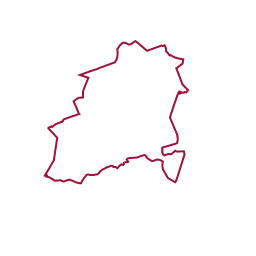 Gepiu, Bihor, Romania, rotated 37°
{"feature_id": "2599482B6975521372784", "entity_name": "Gepiu", "entity_type": "district", "adm_level": 2, "iso_a3": "ROU", "parent_name": "Romania", "parent_adm1": "Bihor", "projection": "albers", "projection_center": [21.796, 46.914], "detail": "fine", "context": "isolated", "style": "outline", "palette": "rose", "viewbox_px": 256, "rotation_deg": 37, "n_neighbors": 0, "source": "geoboundaries", "source_scale": "gbopen_adm2", "svg_char_len": 5283}
<svg xmlns="http://www.w3.org/2000/svg" viewBox="0 0 256 256"><g transform="rotate(37 128 128)"><path d="M123.8,200.3L123.4,198.8L123.2,197.9L123.2,197.4L123.1,196.5L123.1,195.5L123.0,194.4L123.1,193.1L123.1,192.2L123.1,190.6L123.6,189.5L125.1,188.7L126.1,188.2L126.6,187.9L127.2,187.5L127.9,186.9L128.5,186.5L129.1,185.9L130.0,184.8L130.4,184.5L131.0,183.9L131.8,183.0L131.8,180.7L131.9,179.4L132.1,178.2L132.3,177.4L132.5,176.9L132.8,176.3L133.1,175.7L133.5,174.9L133.8,174.3L134.1,173.5L134.7,172.4L135.3,171.3L135.7,171.0L136.4,169.6L137.1,168.5L138.5,167.5L139.8,167.9L141.5,166.6L143.7,166.5L143.7,165.9L144.0,163.1L144.4,161.4L144.7,161.3L144.9,160.8L146.4,160.4L146.4,159.6L146.1,159.2L145.7,158.2L146.4,157.1L147.3,156.2L147.9,155.8L148.2,155.6L148.3,155.5L148.3,155.2L148.5,154.9L146.0,154.0L146.0,152.9L146.5,152.1L147.2,151.2L148.7,149.9L150.3,148.5L152.3,146.8L153.2,146.0L153.6,145.2L154.2,144.1L155.4,142.5L156.6,140.7L157.4,139.7L157.9,139.5L158.4,139.4L158.8,139.4L159.6,139.8L160.8,140.3L162.3,140.4L164.3,140.3L166.4,140.1L167.2,139.8L167.8,139.3L168.4,138.5L169.7,136.3L170.2,135.7L170.9,135.3L172.4,134.4L173.5,134.1L174.6,134.0L175.8,133.9L176.1,134.1L178.0,137.3L180.4,139.7L182.5,140.7L187.1,142.7L189.9,143.9L196.2,143.2L198.3,142.9L198.2,140.9L197.7,140.0L197.3,138.4L195.6,133.5L193.4,127.5L192.9,125.9L190.3,118.7L189.1,115.2L186.6,113.0L181.9,116.9L179.7,118.2L179.4,118.0L178.5,122.0L178.3,122.6L178.0,123.1L177.5,123.5L177.0,123.9L176.3,124.2L175.8,124.6L175.6,125.0L174.9,125.8L174.7,126.2L174.3,126.7L174.0,127.6L173.8,127.9L173.3,128.1L172.5,128.1L171.9,127.9L169.7,126.7L169.8,126.4L167.2,123.1L167.5,122.7L168.7,121.0L169.5,119.9L171.0,118.0L171.5,117.3L173.8,114.1L174.7,113.0L174.8,112.9L175.4,112.0L175.9,111.1L176.2,110.7L176.3,110.4L175.7,109.4L175.0,107.8L174.5,107.1L173.9,106.3L172.9,105.5L172.7,105.2L172.5,104.8L172.4,104.5L171.7,104.2L171.0,103.6L167.7,101.6L166.9,101.2L163.5,99.2L163.0,98.9L162.2,98.4L161.8,98.2L161.0,97.7L159.5,96.9L155.9,94.8L155.4,94.5L155.1,94.2L154.4,92.2L153.8,90.5L153.7,90.4L153.2,88.8L153.2,88.7L152.0,85.2L151.2,82.8L151.0,82.7L150.9,82.1L150.6,81.0L150.1,79.6L149.8,78.3L149.6,77.7L149.4,77.1L148.9,75.9L148.1,73.3L147.9,72.7L147.5,71.5L147.4,71.2L147.9,70.5L148.7,69.1L147.0,69.2L147.0,68.7L147.0,68.0L150.4,66.9L151.4,66.2L151.6,65.2L153.1,64.6L153.2,61.6L149.9,61.1L145.4,60.4L145.0,60.3L141.6,58.1L141.4,58.0L140.5,57.4L139.8,56.9L138.1,55.9L137.2,55.3L136.2,54.7L135.9,54.5L133.2,52.8L130.7,51.3L130.8,51.2L131.8,47.3L132.0,46.3L132.8,43.8L132.8,43.7L132.7,43.5L132.0,42.1L130.8,39.9L130.6,40.0L129.9,40.3L129.3,40.7L128.5,41.1L126.5,42.1L125.2,42.6L123.5,43.3L122.7,43.5L121.9,43.7L121.4,43.8L120.8,43.8L120.3,43.9L119.7,44.0L119.1,44.1L118.6,44.3L118.0,44.4L117.6,44.3L117.5,44.9L116.1,44.6L114.5,44.1L113.1,44.0L112.6,43.9L112.2,43.8L111.6,43.2L111.1,42.5L110.6,41.8L110.2,41.4L109.7,41.1L108.7,40.6L108.4,40.5L108.0,40.3L107.8,40.2L107.5,40.1L107.4,40.0L106.5,41.6L106.4,41.7L106.0,41.9L105.4,41.9L105.1,42.0L104.1,43.6L103.9,43.9L103.6,44.4L103.3,44.9L103.2,45.1L103.0,45.3L102.1,46.7L100.9,48.5L100.5,49.1L100.0,50.0L99.5,50.7L99.2,51.2L99.1,51.3L98.7,51.9L98.5,52.2L97.5,53.7L97.3,54.1L96.7,54.9L96.1,54.9L88.9,54.4L85.1,54.2L81.6,54.2L80.7,56.8L79.2,60.4L78.9,60.6L78.4,60.8L77.8,61.0L76.4,61.2L76.1,61.3L75.6,61.4L75.1,61.6L74.4,61.8L73.8,62.2L73.3,62.5L73.0,62.7L72.8,62.9L72.6,63.2L72.4,63.4L72.3,63.8L72.2,64.8L71.7,67.0L72.0,70.4L72.0,71.2L72.0,71.5L73.2,72.7L74.3,74.0L74.8,74.8L75.4,75.6L76.3,77.0L76.9,78.2L77.3,79.4L77.7,80.1L77.8,80.3L77.8,80.5L77.7,80.8L77.7,81.1L77.7,81.4L77.8,81.9L77.8,82.2L78.0,82.7L78.1,82.9L78.2,83.2L76.6,85.7L76.2,86.2L75.3,87.6L75.2,87.8L74.6,88.7L74.5,88.9L74.1,89.4L74.1,89.5L72.7,91.5L71.5,93.6L70.4,95.2L68.8,97.7L67.8,99.5L67.3,100.3L67.2,100.5L66.0,102.1L65.5,103.0L64.0,104.8L57.7,114.6L66.1,111.7L68.6,121.1L70.1,126.0L71.2,127.4L73.7,130.8L73.3,131.1L71.5,132.6L70.7,133.3L70.3,133.8L69.9,134.8L69.5,136.1L68.8,138.3L68.5,139.3L69.7,140.1L71.3,141.0L74.3,142.6L77.2,144.4L78.0,144.8L78.6,145.2L79.8,146.0L80.3,146.3L80.5,146.3L80.1,146.9L79.3,148.1L77.9,150.2L76.7,151.9L75.2,154.2L74.0,156.0L72.6,158.0L71.5,159.9L71.5,160.1L71.5,160.4L71.5,160.6L71.7,161.2L71.9,161.6L72.0,161.8L71.7,162.7L71.6,162.8L71.3,162.8L71.1,162.9L70.7,163.8L70.3,165.0L68.1,168.0L67.3,170.9L67.0,172.0L66.8,172.9L66.0,172.7L64.9,174.6L64.3,175.6L64.6,176.2L71.0,177.3L76.1,178.2L77.4,178.5L77.6,178.9L85.0,192.5L85.9,194.1L86.1,194.5L86.3,194.9L87.2,196.6L88.1,198.2L88.2,198.4L88.3,198.8L88.3,199.3L88.6,201.4L88.9,204.0L89.1,205.6L89.5,208.9L89.7,212.0L90.2,216.1L90.4,216.0L90.6,215.9L90.7,215.4L90.8,215.0L91.1,214.6L91.1,214.3L91.6,214.6L91.8,214.7L91.9,214.8L92.1,214.9L92.2,215.9L92.6,215.7L94.2,215.0L94.8,214.7L97.1,214.5L98.0,214.4L99.2,214.3L100.1,214.2L100.8,214.2L101.1,214.1L101.3,214.1L101.7,213.8L102.6,213.0L103.4,212.4L103.9,211.9L104.2,211.6L104.9,210.9L105.2,210.6L105.6,210.4L106.0,210.3L106.8,210.1L107.5,210.0L108.2,209.7L108.6,209.6L109.2,208.8L111.1,206.0L111.6,205.3L111.8,204.9L112.2,204.6L112.9,204.4L113.3,204.2L115.0,203.7L116.2,203.3L116.7,203.2L117.0,203.1L117.5,203.1L117.9,203.0L118.2,203.0L118.6,202.9L119.4,202.6L120.4,202.2L121.3,201.8L122.5,201.3L123.6,200.5L123.8,200.3Z" fill="none" stroke="#9f1239" stroke-width="2"/></g></svg>